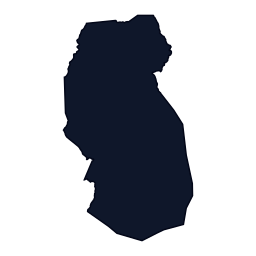 the district of Guata, Olancho, Honduras
{"feature_id": "27666195B45988200529008", "entity_name": "Guata", "entity_type": "district", "adm_level": 2, "iso_a3": "HND", "parent_name": "Honduras", "parent_adm1": "Olancho", "projection": "natural_earth1", "projection_center": [-86.397, 15.161], "detail": "fine", "context": "isolated", "style": "filled", "palette": "ink", "viewbox_px": 256, "rotation_deg": 0, "n_neighbors": 0, "source": "geoboundaries", "source_scale": "gbopen_adm2", "svg_char_len": 5347}
<svg xmlns="http://www.w3.org/2000/svg" viewBox="0 0 256 256"><path d="M64.4,77.2L65.5,113.0L68.5,121.0L68.1,121.3L67.8,121.7L67.8,121.9L67.6,122.5L67.5,123.5L67.5,124.0L67.3,124.7L66.9,125.2L66.6,125.8L66.3,126.3L66.0,126.9L65.8,127.2L65.2,127.6L64.8,127.9L63.5,130.1L63.7,130.3L63.9,130.6L64.2,131.2L64.5,131.8L65.1,133.1L65.4,134.5L65.7,135.2L66.1,135.9L66.5,136.5L67.1,137.3L78.1,146.2L79.3,147.5L80.6,149.7L80.9,150.0L81.3,150.6L81.6,151.0L81.8,151.2L82.3,152.4L82.6,153.7L83.0,154.3L83.3,154.6L84.7,155.5L85.0,155.9L86.1,156.8L86.3,157.1L86.7,157.4L87.0,157.8L87.1,158.0L86.9,158.5L86.7,158.8L86.6,159.1L86.6,159.3L86.8,159.5L87.0,159.5L87.5,159.3L88.0,158.8L88.6,158.4L89.1,157.7L89.3,157.6L89.5,157.6L90.2,158.0L90.9,158.1L91.9,159.0L92.2,159.1L92.4,159.2L92.8,159.2L93.4,159.1L93.5,159.2L93.6,159.4L93.6,159.7L93.5,159.9L93.3,160.3L93.1,160.7L92.7,161.0L92.2,161.1L84.3,179.8L84.6,179.8L84.7,179.7L85.1,179.5L85.4,179.2L85.8,179.0L87.0,179.1L87.4,179.0L87.8,179.9L88.1,180.0L88.5,180.0L88.8,180.1L88.9,180.3L89.0,180.6L89.2,181.0L90.0,181.4L90.1,181.5L90.2,181.8L90.4,181.9L90.5,182.0L90.8,181.9L91.3,181.4L92.2,181.2L92.5,181.4L92.9,181.5L93.1,181.5L93.4,181.5L93.6,181.5L94.0,181.7L94.8,182.5L95.0,182.9L95.1,183.5L95.1,184.1L94.9,184.8L95.0,185.2L95.0,185.6L94.9,185.9L94.8,186.1L94.8,186.4L95.0,186.9L95.5,188.0L95.5,188.4L95.5,188.9L95.5,189.5L95.2,190.4L95.1,190.8L95.1,191.4L95.2,192.2L95.2,192.5L95.1,192.9L95.0,193.3L94.7,193.5L94.6,194.9L94.5,195.4L94.5,195.8L94.5,196.1L94.7,197.1L94.7,197.5L94.1,198.9L94.1,199.3L94.0,199.8L93.6,200.0L93.2,200.4L93.1,200.5L93.0,201.0L92.8,201.5L92.6,201.7L92.1,202.0L91.9,202.2L90.9,203.9L90.7,204.8L90.5,205.2L90.4,205.5L90.4,205.8L90.4,206.3L90.4,206.7L90.3,207.1L90.2,207.3L90.1,207.5L89.6,207.9L88.9,208.8L88.7,209.0L88.2,209.3L87.9,209.7L87.8,210.0L87.7,210.7L87.6,211.3L87.7,211.6L108.6,226.3L117.0,233.3L142.0,240.6L156.3,233.3L163.8,229.7L183.4,224.4L186.2,208.1L192.5,195.7L192.3,183.5L186.2,155.1L182.6,124.3L173.7,110.2L160.7,93.5L160.6,93.1L160.5,92.9L160.3,92.7L159.8,92.4L159.1,91.6L158.9,91.5L158.7,91.3L158.5,91.1L158.4,90.9L158.3,90.5L158.3,90.0L157.8,88.8L157.6,88.5L157.3,88.3L157.0,88.0L156.9,87.8L156.8,87.3L156.8,86.9L156.8,86.5L157.1,85.4L157.2,85.0L157.3,84.3L157.3,83.8L156.9,82.9L156.5,82.2L156.3,81.8L156.2,81.3L156.0,80.1L155.9,79.6L155.7,78.8L155.4,78.1L154.9,76.5L154.6,76.1L154.4,75.6L154.1,75.2L152.9,74.1L152.7,73.9L152.3,73.8L152.3,73.7L152.2,73.5L152.2,73.3L152.3,73.0L152.3,72.5L152.4,72.4L153.6,72.2L154.5,71.9L155.4,71.5L156.0,71.1L156.5,70.9L158.3,70.7L158.9,70.6L159.4,70.6L159.6,70.7L159.8,70.8L160.0,71.0L160.3,71.4L160.5,71.6L160.9,71.4L161.3,70.9L161.9,69.6L161.9,69.2L161.9,68.2L161.9,67.8L162.1,67.4L162.5,66.8L162.6,66.6L162.7,66.0L162.9,65.8L164.1,65.3L164.3,65.2L164.4,64.7L164.4,64.2L164.1,63.0L164.1,62.8L164.2,62.7L164.4,62.7L164.8,62.6L165.3,62.7L165.6,62.6L165.8,62.3L166.3,62.0L166.7,61.7L167.1,61.2L167.5,60.7L167.7,60.4L167.8,60.1L167.8,59.8L167.7,59.2L167.9,58.6L168.3,57.9L168.5,57.4L168.5,56.9L168.6,56.4L168.7,55.4L168.8,55.4L169.5,55.3L169.8,55.3L170.1,55.1L170.6,54.7L170.8,54.4L171.0,53.8L171.4,53.0L171.4,52.7L171.3,52.4L171.3,51.4L171.0,51.3L170.7,51.0L170.6,50.8L170.6,50.6L170.4,50.4L169.9,50.5L169.5,50.6L169.4,50.5L169.4,50.4L169.3,50.1L169.3,49.6L169.4,49.3L169.6,49.1L170.2,48.6L170.3,48.3L170.3,47.9L170.4,47.5L170.5,47.4L170.8,47.3L171.0,47.1L171.0,46.8L170.2,45.5L169.9,45.4L169.1,45.2L168.5,45.0L168.1,44.7L167.8,44.3L167.4,44.1L167.0,43.9L166.8,43.8L166.7,43.6L166.3,42.2L166.0,41.7L165.8,41.5L165.7,41.4L165.6,41.0L165.7,39.9L165.6,39.6L165.5,39.3L164.8,38.3L164.0,36.6L163.9,36.5L163.6,36.3L163.1,36.2L162.8,36.1L162.3,35.8L161.9,35.3L161.5,34.8L161.2,34.6L160.8,34.3L160.1,33.3L159.7,32.9L160.0,32.0L160.0,31.6L159.6,30.4L159.3,29.8L158.8,28.3L158.7,27.6L158.7,26.2L158.4,24.9L158.0,23.5L157.7,23.0L157.3,22.4L156.7,21.5L156.5,20.9L155.6,19.2L155.3,18.6L155.1,18.3L154.7,17.5L154.6,17.4L153.9,17.0L153.8,16.9L153.6,16.0L153.5,15.7L153.4,15.5L153.1,15.4L137.7,15.4L128.7,21.8L127.5,21.7L127.0,21.7L126.6,21.8L125.8,22.0L125.4,22.1L124.9,22.5L124.7,22.7L124.4,22.7L124.1,22.6L123.0,22.0L122.6,22.0L122.4,22.0L121.5,22.4L121.1,22.4L120.6,22.3L120.3,22.1L119.8,22.1L119.1,22.3L118.1,22.4L117.2,22.4L116.8,22.2L116.5,22.0L116.4,21.7L116.1,20.8L115.9,20.6L115.6,20.6L115.4,20.5L86.5,23.4L86.4,23.9L86.2,24.4L85.9,25.1L85.2,26.0L84.6,27.3L84.3,27.9L84.1,28.3L83.7,28.8L83.0,29.5L82.5,29.9L82.0,30.1L81.7,30.5L81.5,31.0L80.6,34.0L80.3,34.6L79.9,34.9L79.8,35.1L79.6,36.2L79.4,37.0L79.2,37.8L78.9,38.7L78.7,39.0L77.5,39.6L77.2,40.1L77.0,40.7L76.9,40.8L77.0,41.0L77.3,41.4L77.6,42.6L78.3,43.2L78.7,43.3L78.9,43.5L79.1,43.8L79.3,44.1L79.3,44.5L79.1,44.8L78.7,45.3L77.4,46.5L77.2,46.7L77.1,46.9L77.1,47.0L77.3,47.3L78.1,48.1L78.8,49.0L79.1,49.6L79.1,49.9L79.0,50.2L78.9,50.4L78.7,50.6L77.5,51.3L76.9,51.7L76.7,52.0L76.6,52.5L76.6,53.3L76.4,53.6L75.8,53.8L75.0,53.9L74.1,54.0L73.9,54.1L73.7,54.5L73.7,55.0L73.7,55.6L73.8,56.5L73.8,57.2L73.7,57.8L73.4,58.6L73.1,59.0L72.4,59.9L71.4,61.1L70.8,61.5L70.6,61.7L70.3,61.7L70.1,61.9L69.9,62.2L69.7,62.7L69.6,63.1L69.6,63.5L69.9,64.2L70.0,64.5L70.0,64.8L69.4,66.0L69.2,66.2L69.0,66.5L68.6,67.9L68.2,68.6L68.1,68.8L68.1,69.4L68.4,70.2L68.5,71.2L68.4,72.1L68.1,73.3L67.8,73.8L66.8,75.5L66.3,76.1L65.8,76.5L64.8,77.1L64.4,77.2Z" fill="#0f172a" stroke="#020617" stroke-width="1.5"/></svg>